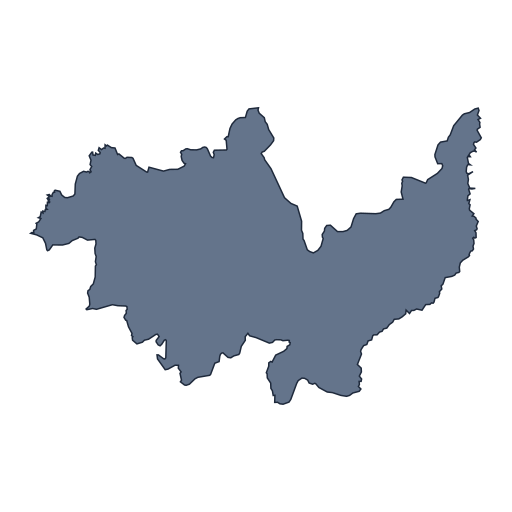 Gungu, Bandundu, Democratic Republic of the Congo (Mercator projection)
{"feature_id": "63176286B71176382547280", "entity_name": "Gungu", "entity_type": "district", "adm_level": 2, "iso_a3": "COD", "parent_name": "Democratic Republic of the Congo", "parent_adm1": "Bandundu", "projection": "mercator", "projection_center": [19.308, -5.768], "detail": "fine", "context": "isolated", "style": "filled", "palette": "slate", "viewbox_px": 512, "rotation_deg": 0, "n_neighbors": 0, "source": "geoboundaries", "source_scale": "gbopen_adm2", "svg_char_len": 6029}
<svg xmlns="http://www.w3.org/2000/svg" viewBox="0 0 512 512"><path d="M111.3,147.6L107.4,145.1L106.5,145.9L105.1,144.8L105.0,148.3L103.6,148.0L101.5,149.6L99.1,147.7L98.3,150.4L100.2,152.5L99.9,153.8L97.8,154.5L95.7,153.1L95.3,155.4L93.0,155.0L92.6,152.1L91.8,152.2L89.2,155.8L91.0,160.2L90.1,164.6L91.7,166.5L90.0,169.6L91.1,171.8L89.7,172.8L89.0,171.5L87.7,171.4L86.6,172.1L83.6,171.3L79.5,173.5L77.4,176.2L75.3,184.0L74.9,194.0L73.2,196.0L67.5,197.7L64.8,197.5L61.7,195.0L59.9,191.3L55.1,190.2L54.3,191.0L54.6,192.2L53.3,192.4L52.1,194.5L52.0,196.3L50.6,196.0L49.3,194.5L47.3,195.0L49.5,196.7L47.2,198.4L47.7,199.2L49.2,199.0L49.5,199.8L48.2,200.9L49.7,202.0L49.2,202.7L47.4,202.4L47.3,205.6L45.9,205.3L45.9,208.2L47.1,209.3L45.3,209.5L44.9,211.5L42.8,211.1L43.0,213.0L41.2,212.0L40.2,216.7L38.4,217.7L40.9,218.5L38.7,221.9L36.1,223.3L36.8,224.1L36.3,228.9L33.6,230.4L33.8,232.6L31.9,232.5L30.7,233.3L36.7,234.9L42.8,237.8L45.5,243.3L46.8,249.8L47.6,250.7L49.3,249.9L52.8,244.9L62.5,245.0L68.9,243.4L72.2,240.6L78.0,238.2L79.1,236.9L82.3,237.4L87.5,240.1L95.0,239.4L95.8,240.4L96.0,243.9L94.8,248.1L95.1,253.5L96.2,256.5L95.4,261.7L96.4,264.7L95.4,266.1L95.2,277.0L93.3,283.9L90.7,286.5L89.8,289.4L88.0,290.7L87.6,293.1L89.2,297.2L89.8,304.2L89.3,306.1L86.1,309.0L86.8,309.7L92.6,308.5L96.5,309.3L112.4,304.7L117.8,305.7L125.7,306.0L126.9,306.6L127.2,309.3L126.1,310.5L126.3,313.3L124.6,315.4L124.0,317.4L125.7,320.2L126.7,320.5L128.5,326.8L132.0,333.4L131.5,335.6L132.9,336.7L132.2,337.7L132.6,340.2L136.9,343.9L142.4,342.2L144.4,340.2L148.6,339.2L155.9,334.4L157.5,334.2L159.1,336.6L156.2,340.4L156.1,341.8L158.2,344.9L160.1,345.8L161.7,344.3L164.4,340.1L165.6,339.7L166.3,340.7L165.8,357.8L164.8,359.0L163.5,358.7L158.4,354.9L157.0,354.9L157.5,358.9L165.2,369.7L168.0,369.1L175.1,365.2L178.5,365.3L178.3,368.2L181.1,371.9L180.0,373.3L181.5,380.2L180.4,381.8L184.5,385.0L186.1,385.3L189.4,384.2L195.0,378.8L197.9,377.3L209.7,375.3L210.6,374.4L214.8,363.2L219.1,361.6L219.8,356.1L220.5,354.2L221.7,353.1L222.9,352.8L228.0,357.4L230.8,357.8L233.8,355.9L238.8,354.5L239.7,353.1L241.3,346.3L245.3,340.3L245.2,336.7L247.9,333.3L249.6,335.8L256.1,337.6L269.3,343.1L272.5,342.4L274.8,340.0L276.3,339.7L280.8,339.8L282.9,340.7L287.9,340.2L289.3,340.5L289.1,342.0L290.2,342.6L289.8,344.8L287.1,346.4L286.9,348.6L283.7,351.3L275.7,355.1L272.1,362.1L270.8,361.4L268.8,362.8L268.7,366.3L266.3,372.8L267.1,373.7L267.3,377.9L270.7,383.1L270.9,388.4L272.4,390.8L273.2,395.5L274.9,395.3L274.7,402.4L277.6,402.3L279.9,403.8L283.1,404.2L289.0,402.1L290.8,399.4L296.7,383.4L298.2,380.6L301.9,378.1L304.6,378.3L307.7,380.1L309.1,383.0L312.6,384.2L314.8,383.3L315.7,383.7L318.9,387.5L327.2,392.0L332.4,392.6L340.9,395.4L346.6,396.3L349.6,395.4L352.8,393.0L359.2,391.3L360.9,389.0L358.4,386.5L359.4,384.5L359.1,381.4L361.1,381.4L361.6,379.0L359.3,376.1L361.4,371.9L361.2,368.1L357.4,364.5L361.5,354.0L360.6,351.4L361.1,349.6L363.6,345.6L366.8,344.5L368.1,340.9L371.6,339.9L372.8,335.6L373.8,334.9L377.1,334.8L379.5,332.1L382.1,331.3L383.5,328.9L386.8,328.1L389.3,324.6L392.7,322.1L394.2,319.3L398.8,318.9L402.1,316.9L405.7,313.8L406.1,310.1L409.5,313.5L411.5,310.5L413.9,310.4L416.6,309.0L422.0,310.2L425.7,304.6L429.9,304.4L431.5,302.9L433.1,303.2L434.0,302.1L435.0,298.3L437.9,297.5L438.5,296.7L439.7,293.3L439.4,291.7L441.8,289.0L441.2,285.8L442.9,284.2L445.2,277.6L451.8,276.4L454.7,275.1L456.1,273.1L458.9,272.4L459.7,271.5L459.3,267.1L460.3,262.9L462.8,260.2L468.4,256.8L469.5,255.5L469.1,254.6L469.9,252.5L471.0,251.0L472.3,250.8L473.5,249.0L473.0,246.1L474.0,243.5L473.7,239.9L472.7,238.2L473.8,237.3L474.8,238.1L476.1,237.5L476.0,232.8L474.7,230.6L476.6,229.8L477.1,228.8L476.3,226.0L478.2,221.5L476.1,219.3L476.0,218.1L474.1,216.4L472.2,216.0L473.9,213.7L469.6,210.2L469.3,208.7L470.1,204.8L468.8,203.6L469.9,199.7L467.4,200.5L467.3,200.0L467.9,195.8L470.1,193.9L468.6,189.2L469.0,188.6L471.9,189.0L475.3,188.4L469.8,188.1L467.8,183.5L468.4,179.4L467.6,175.2L473.0,171.6L468.7,173.8L466.8,173.2L466.2,171.6L466.6,167.1L467.5,165.2L468.1,164.6L470.3,164.8L468.5,163.5L467.3,157.4L467.7,156.7L470.3,156.7L469.7,155.8L468.3,155.8L470.3,152.7L472.6,151.4L474.4,151.0L476.6,152.1L474.5,149.9L475.9,148.0L473.5,144.4L474.0,142.5L474.8,141.9L476.5,142.2L480.3,139.6L481.3,137.8L477.1,130.3L477.4,129.2L480.1,127.3L479.6,124.1L479.9,122.4L478.0,119.5L480.5,118.3L477.4,115.0L479.0,110.5L478.2,108.1L474.8,109.0L469.6,112.5L464.3,113.8L462.4,115.1L453.7,125.7L450.2,134.9L448.4,137.2L447.2,140.9L440.5,142.1L438.0,144.9L434.9,154.5L435.0,156.9L437.7,163.7L441.8,163.6L442.7,165.7L442.0,168.5L437.4,173.4L427.7,179.6L426.2,182.8L425.5,183.2L411.4,177.5L403.4,177.2L402.0,179.9L402.6,181.2L401.8,183.3L402.2,185.8L401.2,192.0L403.0,199.2L396.3,199.4L393.9,201.8L390.9,207.1L388.9,209.3L384.2,210.7L380.4,213.1L375.7,213.7L360.4,213.2L356.2,213.8L353.6,218.6L351.0,227.0L347.2,230.4L343.0,231.6L337.5,231.6L330.4,225.2L326.7,225.5L324.7,228.3L324.4,231.1L322.2,234.5L322.4,237.1L323.2,238.5L321.0,246.3L317.8,250.4L313.4,252.9L309.8,251.6L307.3,249.8L304.1,240.6L303.0,239.0L302.8,233.4L301.5,230.3L301.6,221.2L297.2,206.1L290.9,203.4L284.5,197.7L271.0,168.7L264.7,159.8L264.1,157.6L261.2,153.6L262.2,152.0L264.3,151.3L270.5,144.9L273.6,140.7L273.8,138.0L268.7,129.6L267.2,124.3L265.2,121.7L264.3,117.7L259.2,113.2L258.0,110.2L258.5,107.8L249.0,108.9L247.2,111.2L245.4,117.5L240.2,117.7L237.9,118.5L235.7,119.9L232.1,124.0L230.0,128.4L228.2,136.7L226.9,136.7L224.5,139.0L226.2,140.3L227.0,149.2L226.4,150.0L214.4,150.2L213.3,152.3L214.2,154.7L213.5,157.7L212.0,157.5L210.6,156.2L207.4,148.9L206.3,147.5L204.7,147.0L202.8,147.4L200.7,148.9L196.6,149.9L190.7,149.8L187.3,148.7L185.8,148.9L183.1,150.7L181.5,150.8L180.5,152.3L181.7,154.2L181.2,156.5L182.1,160.5L184.1,163.3L185.5,163.7L184.2,166.1L177.8,169.3L169.7,169.4L163.5,171.1L149.0,167.2L147.6,172.1L146.7,172.1L136.2,165.4L133.0,158.3L131.8,157.5L127.0,157.3L125.4,158.4L124.3,158.3L118.9,153.9L117.6,154.5L115.0,148.0L111.3,147.6Z" fill="#64748b" stroke="#1e293b" stroke-width="1.5"/></svg>